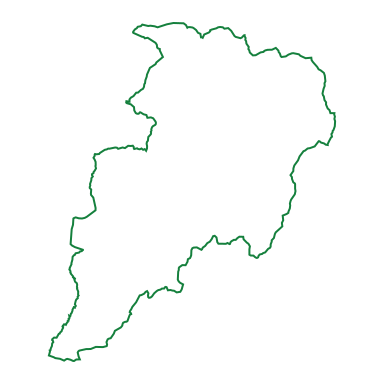 the district of Gutierrez, Cundinamarca, Colombia
{"feature_id": "7082276B81607820591888", "entity_name": "Gutierrez", "entity_type": "district", "adm_level": 2, "iso_a3": "COL", "parent_name": "Colombia", "parent_adm1": "Cundinamarca", "projection": "albers", "projection_center": [-74.067, 4.149], "detail": "fine", "context": "isolated", "style": "outline", "palette": "green", "viewbox_px": 384, "rotation_deg": 0, "n_neighbors": 0, "source": "geoboundaries", "source_scale": "gbopen_adm2", "svg_char_len": 5862}
<svg xmlns="http://www.w3.org/2000/svg" viewBox="0 0 384 384"><path d="M311.6,60.1L311.3,57.7L305.6,58.2L300.4,55.8L298.9,54.3L293.4,53.2L291.9,53.3L288.5,54.6L285.8,56.4L281.6,57.0L280.8,56.3L279.8,53.4L278.7,52.1L278.4,50.6L275.8,47.9L272.0,49.7L267.7,49.8L265.3,50.4L264.1,51.1L263.5,51.9L260.6,52.4L255.7,55.2L252.9,55.4L249.8,52.5L249.3,50.4L248.4,49.1L248.7,46.9L246.4,43.6L246.1,41.1L245.3,39.9L245.6,38.0L244.7,36.3L244.6,35.2L243.8,35.4L241.9,37.5L240.5,38.2L235.7,36.9L234.5,36.0L231.2,30.8L228.2,28.1L224.4,28.7L222.8,27.3L220.1,27.0L218.1,27.3L216.4,28.3L211.6,29.6L210.1,30.3L210.2,31.2L208.9,32.5L204.2,34.5L202.7,37.8L202.0,37.3L201.0,37.3L200.4,33.8L198.0,32.8L196.1,30.0L193.5,28.0L192.5,27.5L189.9,27.1L187.9,27.2L187.3,27.7L186.0,25.1L183.6,23.3L173.4,23.0L166.9,24.3L157.6,27.3L154.7,26.3L150.4,25.7L148.2,26.0L142.3,24.6L140.8,26.2L137.7,26.8L136.8,28.2L134.9,29.4L133.2,31.7L133.1,32.6L133.6,33.0L142.1,36.8L143.7,37.0L144.8,38.3L147.7,37.8L155.5,42.8L156.8,44.7L157.2,47.6L158.4,48.6L159.8,49.0L159.8,50.5L162.9,57.0L156.3,62.5L155.6,64.1L149.9,67.9L147.0,74.6L146.7,76.7L145.4,80.2L145.0,83.3L144.3,84.2L144.0,86.8L143.0,88.8L140.9,90.0L138.0,92.6L136.2,92.7L133.5,96.1L130.8,97.7L129.5,99.4L129.5,101.7L126.4,101.2L126.2,102.6L126.9,103.2L130.8,104.3L134.0,107.1L134.3,110.5L135.8,113.1L137.0,113.7L138.2,113.8L138.8,113.6L139.9,112.3L140.4,112.3L143.6,114.3L146.4,115.0L147.4,117.8L150.9,117.4L153.2,118.3L155.6,121.7L155.9,122.7L155.8,124.0L155.3,124.8L152.9,126.2L152.0,127.3L151.3,129.3L151.5,130.6L150.8,131.8L151.1,132.9L150.8,134.3L148.3,137.0L147.9,140.7L146.9,142.1L146.6,143.8L147.1,146.0L147.0,148.5L146.1,150.8L144.7,149.1L143.1,149.8L141.5,148.5L139.8,149.3L138.1,149.0L137.1,148.3L134.2,149.0L133.8,148.3L133.7,146.9L132.8,145.7L130.9,146.0L128.2,145.8L125.0,148.1L122.6,147.5L118.1,148.8L116.9,147.7L115.2,147.5L109.4,148.7L108.2,148.6L106.8,149.4L104.8,149.8L100.0,152.9L99.1,154.0L96.2,154.3L95.0,154.0L94.7,154.4L94.6,156.0L93.5,157.8L94.6,159.5L95.6,161.9L95.7,165.3L95.4,166.0L96.0,168.4L94.7,170.7L93.6,172.0L93.5,173.1L92.0,174.2L92.0,175.2L92.8,176.5L91.4,178.2L91.3,180.3L90.0,184.1L90.3,185.3L89.7,187.1L89.8,188.1L91.2,189.5L90.9,193.8L91.1,195.0L93.3,197.6L95.6,208.0L95.5,210.3L86.8,216.8L84.7,217.9L82.0,218.5L78.8,218.3L75.7,217.4L74.1,218.0L73.4,218.5L73.0,224.8L71.7,229.1L70.6,244.1L72.0,245.5L74.9,247.1L83.6,250.0L82.3,250.2L81.8,251.1L80.0,251.5L79.0,252.6L75.6,253.3L74.7,255.0L73.9,255.2L72.6,256.9L72.4,259.7L71.4,263.3L71.5,264.2L69.6,268.2L69.8,269.0L69.4,269.6L70.5,271.2L70.3,272.6L70.9,273.2L70.9,273.8L73.2,276.5L73.0,277.2L73.4,277.4L73.8,278.3L74.4,278.1L75.0,278.6L74.5,280.0L75.1,281.7L76.8,283.2L77.2,284.9L76.9,287.0L77.3,288.0L77.0,288.7L78.2,291.5L78.1,294.8L78.6,295.5L77.6,296.8L77.8,298.2L76.3,299.5L75.7,300.9L74.9,304.3L75.8,305.9L74.9,307.3L74.4,307.2L74.5,307.6L73.7,307.4L72.5,309.7L72.5,310.7L71.5,313.2L70.9,313.7L70.3,316.1L69.7,316.3L69.3,316.0L69.6,317.4L69.1,318.5L68.6,318.7L68.6,319.3L68.9,319.3L68.4,320.3L68.5,320.7L67.7,321.0L67.7,322.0L66.7,323.1L65.9,324.8L65.1,324.3L63.9,324.4L63.6,325.4L62.9,325.6L62.5,326.6L63.1,327.2L63.1,327.8L61.8,330.3L61.6,331.3L60.2,332.4L59.7,333.6L58.8,333.8L56.6,337.7L54.1,337.6L52.2,339.3L52.2,340.2L52.8,340.6L53.3,342.1L52.2,343.4L51.9,346.1L50.8,348.4L50.5,350.1L49.7,350.4L50.0,351.5L48.9,355.5L53.7,357.2L55.3,358.1L60.0,358.8L64.1,360.6L66.4,359.1L67.4,358.9L70.4,359.7L73.0,360.9L74.0,361.0L76.3,359.5L79.8,359.4L78.6,356.4L77.7,352.5L78.3,351.4L79.3,350.6L86.1,349.1L90.7,349.0L95.9,346.9L102.9,347.1L106.7,346.1L107.1,344.7L106.5,342.1L107.7,339.3L109.0,338.6L110.7,338.2L113.8,333.7L114.9,330.8L120.9,327.4L122.3,325.6L122.5,324.2L123.2,322.7L125.2,321.8L126.6,321.7L127.5,321.0L129.4,315.7L129.9,314.7L131.2,314.1L131.0,313.3L129.7,312.2L130.1,310.9L131.2,309.3L132.4,306.8L136.1,302.3L139.7,295.4L141.3,295.1L144.1,293.7L145.6,291.9L147.1,291.1L148.4,293.3L148.0,295.2L148.2,297.1L149.0,297.8L150.6,297.5L152.0,296.4L154.2,293.3L156.8,291.0L158.3,290.1L160.5,289.6L161.9,288.6L164.2,288.5L165.0,287.2L165.8,286.9L166.6,287.2L167.9,290.3L170.5,290.0L172.5,290.6L174.0,290.7L176.7,292.4L180.3,291.8L181.7,289.4L183.1,284.4L180.1,282.8L178.7,281.4L177.8,279.6L178.2,271.7L178.8,269.9L178.8,268.1L179.2,267.3L182.3,265.1L185.6,265.2L187.5,261.7L187.9,259.2L190.0,258.1L190.7,256.7L191.2,255.2L191.4,250.1L192.4,248.2L193.6,247.6L196.8,247.4L201.4,249.8L202.0,249.3L202.8,247.6L205.2,245.9L207.3,243.1L209.8,241.7L211.7,239.1L213.1,236.2L214.7,235.8L216.5,237.5L217.3,242.1L218.4,243.7L225.9,243.8L227.5,243.0L229.5,244.1L229.9,244.0L230.6,242.1L231.5,241.2L233.8,239.9L235.7,239.9L237.5,238.0L239.4,236.7L243.2,236.8L243.6,239.3L246.9,242.7L248.4,243.7L249.9,246.3L249.4,249.2L249.4,254.7L250.7,255.5L253.5,255.6L254.8,256.9L256.4,257.9L257.4,257.8L258.1,257.3L258.6,255.8L259.7,254.5L262.2,253.9L263.1,253.1L265.2,252.4L268.1,248.9L270.0,247.8L270.6,246.7L270.7,244.3L271.7,241.7L271.7,240.3L273.9,238.0L274.9,234.0L275.7,232.4L282.3,226.4L281.9,222.9L283.2,220.3L282.7,215.6L286.6,214.0L288.3,212.9L288.5,211.5L289.8,208.5L290.2,205.4L289.9,203.6L290.6,200.9L291.2,199.5L294.8,194.3L295.5,191.1L295.1,188.6L295.1,184.2L294.9,183.5L293.3,182.3L292.0,178.9L291.9,177.1L290.5,175.1L293.3,171.1L293.4,168.5L294.3,165.5L298.0,160.4L299.6,156.4L303.5,151.2L305.0,150.6L307.6,148.5L310.0,148.1L314.7,146.4L318.7,141.2L319.6,141.3L321.1,142.6L324.0,143.4L325.8,144.7L327.7,145.0L327.6,144.2L329.3,140.7L331.0,137.5L332.0,136.7L331.4,134.1L332.5,132.5L332.7,130.9L333.5,130.0L334.8,126.3L335.1,121.2L334.4,118.9L334.9,116.6L334.2,114.4L334.4,113.1L330.4,113.1L329.5,110.1L327.7,108.5L326.0,104.5L326.1,102.3L324.5,100.1L323.8,96.3L323.0,95.3L322.5,93.5L323.6,88.7L324.7,85.9L324.5,83.2L325.4,81.3L324.8,75.6L323.9,72.9L320.6,70.3L318.6,69.3L317.2,66.9L312.8,61.9L311.6,60.1Z" fill="none" stroke="#15803d" stroke-width="2"/></svg>